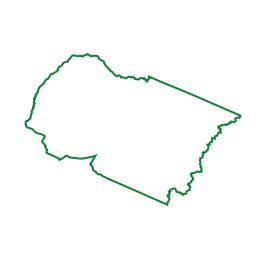 the district of El Pangui, Zamora Chinchipe, Ecuador, rotated 24°
{"feature_id": "8360857B57489769890627", "entity_name": "El Pangui", "entity_type": "district", "adm_level": 2, "iso_a3": "ECU", "parent_name": "Ecuador", "parent_adm1": "Zamora Chinchipe", "projection": "orthographic", "projection_center": [-78.54, -3.624], "detail": "fine", "context": "isolated", "style": "outline", "palette": "green", "viewbox_px": 256, "rotation_deg": 24, "n_neighbors": 0, "source": "geoboundaries", "source_scale": "gbopen_adm2", "svg_char_len": 5768}
<svg xmlns="http://www.w3.org/2000/svg" viewBox="0 0 256 256"><g transform="rotate(24 128 128)"><path d="M225.8,71.0L175.3,71.4L161.8,71.7L139.1,72.4L129.1,72.5L128.8,72.5L128.0,73.0L127.3,72.7L127.0,72.2L126.8,72.2L126.3,72.3L126.0,72.8L126.1,73.1L127.2,73.8L126.9,75.3L126.6,75.7L126.7,77.3L126.4,77.8L126.2,77.6L125.9,77.1L125.3,76.8L125.0,76.4L124.6,76.5L124.2,77.0L123.3,77.0L123.0,76.6L123.0,76.1L122.4,75.7L122.0,76.0L121.6,76.8L120.4,76.9L119.1,77.3L118.3,78.2L118.3,78.9L117.6,79.7L115.4,79.8L114.4,80.5L113.9,80.3L113.7,79.5L113.5,79.3L110.7,79.7L110.4,79.9L110.1,80.8L109.7,80.8L108.8,80.4L108.3,80.5L107.6,81.1L106.8,82.2L106.3,82.7L106.3,83.1L105.9,83.3L104.9,83.6L103.7,83.5L102.7,84.0L101.9,84.1L101.2,84.7L100.1,84.0L100.0,83.6L98.8,83.3L97.3,84.5L96.9,85.3L96.4,85.5L95.6,85.0L94.3,85.1L93.2,84.3L90.0,83.0L89.3,83.0L88.8,83.2L87.7,82.0L85.8,81.9L85.5,81.2L85.3,81.0L83.9,80.8L83.2,80.4L82.0,80.1L81.4,79.3L80.2,78.8L79.0,77.3L78.3,76.8L75.2,77.0L74.3,76.8L72.6,75.8L71.4,74.7L69.7,74.9L69.1,75.1L68.6,75.4L67.9,75.5L67.2,76.3L66.1,76.3L65.5,77.3L65.1,77.6L62.3,77.1L61.2,76.8L60.9,76.9L60.2,78.4L58.6,79.3L58.2,79.7L58.0,80.0L58.1,80.7L57.6,81.2L56.9,81.3L55.8,81.1L55.2,81.6L54.4,81.5L53.1,82.9L52.1,83.2L50.5,83.1L49.1,83.8L48.0,84.1L47.7,84.4L46.8,87.3L46.8,88.7L45.9,89.8L46.0,91.9L45.6,92.3L44.7,92.4L44.0,93.1L43.2,93.8L42.5,94.9L42.0,98.1L41.7,98.6L40.8,99.4L40.2,100.6L40.2,101.5L39.9,102.8L40.0,103.2L40.5,103.8L39.3,106.1L38.0,107.9L37.6,109.0L36.4,109.3L36.0,109.8L35.4,111.6L35.4,113.0L35.1,113.6L34.9,115.3L34.7,115.7L34.1,116.2L33.7,117.3L33.2,117.8L32.9,120.2L33.1,121.1L33.0,121.8L32.3,122.8L31.7,124.2L30.9,125.3L31.0,125.9L30.4,127.2L30.5,128.2L30.4,128.8L30.6,129.1L30.4,130.0L30.8,130.7L31.1,132.3L30.6,133.1L30.6,133.9L30.2,134.4L30.7,134.9L30.1,135.5L30.3,136.3L30.7,136.5L30.5,137.4L31.1,138.4L31.1,138.6L30.3,138.7L30.2,138.9L30.4,140.1L31.4,140.8L31.2,141.5L31.1,142.3L31.7,142.8L32.8,143.6L32.2,144.3L32.7,144.9L32.5,146.0L33.1,146.4L32.7,147.1L32.7,147.7L32.8,147.9L33.3,147.8L33.6,147.9L33.3,148.7L33.5,150.1L33.1,150.5L33.0,151.8L33.2,152.1L33.6,152.3L33.9,152.9L34.0,153.5L33.9,154.0L34.1,154.5L33.9,154.9L34.1,155.3L34.1,156.1L34.5,156.7L34.7,158.0L34.5,158.5L34.8,159.0L34.6,159.7L34.6,160.0L34.2,160.1L34.1,160.3L33.9,161.8L32.7,162.8L32.2,163.0L32.1,163.4L32.0,163.8L32.4,164.3L32.6,166.0L33.7,166.9L34.0,167.7L36.1,168.6L37.3,168.1L38.0,168.0L39.0,168.2L40.8,167.8L44.2,169.2L47.2,169.6L48.3,169.5L49.0,169.2L49.6,169.2L50.6,169.0L54.5,168.9L55.5,169.7L55.3,170.7L55.0,175.3L57.2,176.5L59.7,177.5L60.1,177.9L59.8,178.5L59.9,178.8L60.5,179.1L60.9,179.7L61.3,179.8L61.8,180.3L62.7,180.4L63.3,180.9L63.0,181.9L63.4,183.3L63.7,183.8L77.5,184.0L78.1,184.9L78.4,185.0L78.7,184.7L79.2,183.6L80.1,183.0L80.9,181.8L82.1,179.8L82.3,179.0L82.7,178.6L83.2,178.3L84.8,178.2L86.1,178.6L87.7,178.3L91.7,176.9L94.6,176.1L98.3,174.8L107.1,168.8L109.6,166.4L109.5,167.8L108.6,174.4L108.6,174.8L108.2,175.6L108.2,176.1L108.5,176.3L109.0,176.3L108.9,176.9L109.1,177.2L109.7,177.0L110.6,177.3L110.6,177.5L111.1,177.7L111.5,178.3L111.9,178.5L112.4,179.0L112.5,179.5L113.1,180.5L113.9,180.9L114.8,180.8L116.2,181.3L116.7,181.2L117.5,181.8L119.2,182.4L119.7,182.4L120.5,182.0L121.6,181.6L122.3,181.9L122.9,181.9L124.5,182.3L128.0,182.3L128.7,182.5L154.9,182.2L194.9,182.1L194.7,181.8L194.8,181.3L194.5,181.1L194.3,180.5L194.7,179.3L194.6,177.7L194.8,176.7L194.6,175.7L194.2,175.1L193.6,174.7L193.5,174.3L192.9,174.3L192.8,173.9L192.2,174.2L192.1,173.7L191.6,173.2L192.8,172.0L192.7,170.9L192.3,170.7L192.2,170.4L191.6,170.0L191.8,169.9L191.6,169.5L191.8,169.3L191.5,169.3L191.5,168.3L191.8,168.0L191.8,167.3L192.1,166.7L192.3,166.4L192.8,166.3L193.5,165.8L194.4,164.5L196.0,164.2L196.8,165.2L198.1,166.1L198.2,166.5L198.7,166.4L198.7,166.2L199.0,166.1L200.2,166.4L201.2,165.8L201.8,166.1L202.0,165.9L202.6,166.1L202.9,165.8L203.6,166.4L204.0,166.1L204.3,166.0L204.5,166.4L205.4,166.7L205.5,165.7L206.1,165.5L206.2,165.1L207.5,164.8L207.5,164.3L207.8,163.5L207.3,162.3L208.0,161.1L208.7,160.2L209.2,159.9L209.5,159.6L209.1,159.1L209.1,157.3L208.8,157.0L208.8,156.5L208.1,155.9L207.3,155.8L207.0,155.4L206.7,155.4L206.4,155.7L206.1,155.6L205.6,154.9L205.8,154.3L206.2,153.9L206.7,153.8L207.4,151.9L207.9,151.5L207.6,150.9L207.5,150.3L208.4,148.8L208.0,147.6L207.6,147.2L206.9,147.1L206.3,146.5L205.1,145.9L205.0,145.7L205.0,145.0L204.5,144.6L204.1,143.9L204.2,143.7L205.0,143.6L205.6,142.7L207.2,141.7L209.0,139.6L209.5,139.4L211.2,139.3L212.9,137.9L212.5,137.2L212.4,136.7L211.9,136.5L211.9,135.8L211.4,135.2L211.4,134.7L210.3,134.4L210.3,133.4L209.2,132.5L208.4,132.1L208.4,130.3L206.7,128.2L206.9,126.9L206.3,126.3L206.8,126.0L207.2,125.7L207.8,124.6L208.0,123.9L207.9,123.5L207.6,123.2L207.2,122.3L207.4,121.3L206.9,120.9L206.2,120.2L206.5,119.6L207.8,119.5L208.9,118.0L208.8,117.1L209.3,116.7L209.4,116.1L209.9,115.8L209.6,114.5L209.7,114.0L209.4,113.4L209.3,112.6L208.9,112.2L207.4,111.1L207.3,110.9L208.4,110.6L209.6,109.8L209.0,109.1L208.7,109.1L208.7,107.9L208.9,107.6L209.5,107.4L209.9,106.7L210.5,106.2L210.1,105.2L209.3,104.7L209.1,102.7L210.1,102.7L211.6,102.4L211.3,102.0L211.2,101.4L210.9,100.8L211.3,99.6L212.2,99.2L212.3,98.7L212.6,98.3L212.6,97.9L212.3,96.5L212.5,95.5L212.9,95.0L214.2,94.9L214.6,94.6L214.3,93.9L213.6,92.7L212.9,92.4L212.6,91.8L212.6,91.5L213.0,91.1L212.9,90.9L211.9,90.9L211.3,91.3L210.9,90.9L210.3,90.8L210.0,90.5L210.0,90.1L210.7,89.1L211.3,88.9L212.3,87.3L212.7,87.3L214.2,86.5L215.9,84.8L216.3,84.7L216.6,84.8L216.9,85.1L217.1,85.0L218.2,83.7L218.4,82.4L219.1,82.4L219.8,81.4L219.7,80.8L219.2,80.5L219.3,80.3L220.3,79.8L222.8,79.3L223.2,78.7L223.5,77.7L223.3,77.2L222.1,76.0L222.1,75.3L225.0,73.2L225.4,73.4L225.7,73.4L225.9,71.6L225.8,71.0Z" fill="none" stroke="#15803d" stroke-width="2"/></g></svg>